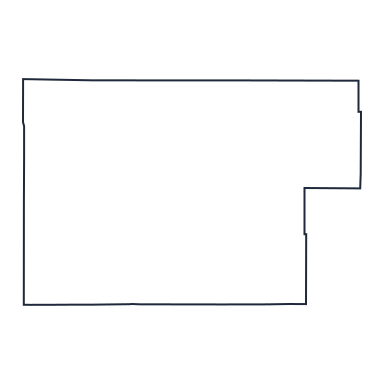 the district of Sweetwater, Wyoming, United States of America
{"feature_id": "52423323B6016539214973", "entity_name": "Sweetwater", "entity_type": "district", "adm_level": 2, "iso_a3": "USA", "parent_name": "United States of America", "parent_adm1": "Wyoming", "projection": "mercator", "projection_center": [-109.016, 41.634], "detail": "fine", "context": "isolated", "style": "outline", "palette": "slate", "viewbox_px": 384, "rotation_deg": 0, "n_neighbors": 0, "source": "geoboundaries", "source_scale": "gbopen_adm2", "svg_char_len": 618}
<svg xmlns="http://www.w3.org/2000/svg" viewBox="0 0 384 384"><path d="M23.8,304.8L29.4,304.8L30.1,304.9L30.3,304.9L33.5,304.8L49.4,304.8L49.5,304.8L67.9,304.7L68.1,304.7L73.1,304.7L90.7,304.7L91.8,304.7L96.4,304.6L129.5,304.2L132.0,304.0L139.7,304.3L156.1,304.3L178.1,304.4L211.6,304.4L225.4,304.5L228.9,304.4L262.0,304.4L271.2,304.3L289.1,304.0L306.0,304.1L306.2,234.2L304.5,234.2L304.5,189.0L304.5,188.0L360.2,188.4L360.7,173.7L361.0,111.8L358.5,111.8L358.5,80.7L236.8,80.4L156.9,80.4L90.8,80.3L23.1,79.1L23.0,122.1L24.1,126.3L24.1,156.8L23.9,202.5L23.8,304.8Z" fill="none" stroke="#1e293b" stroke-width="2"/></svg>